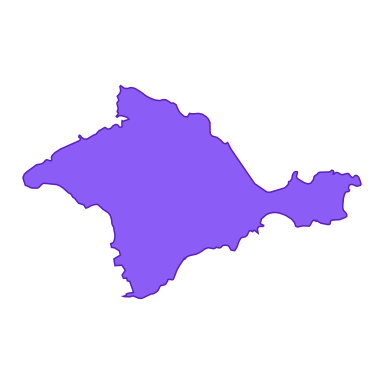 map outline of Crimea (Albers equal-area conic projection)
{"feature_id": "UKR-283", "entity_name": "Crimea", "entity_type": "Autonomous Republic", "adm_level": 1, "iso_a3": "UKR", "parent_name": "Ukraine", "parent_adm1": "", "projection": "albers", "projection_center": [34.531, 45.3], "detail": "fine", "context": "isolated", "style": "filled", "palette": "violet", "viewbox_px": 384, "rotation_deg": 0, "n_neighbors": 0, "source": "natural_earth", "source_scale": "10m", "svg_char_len": 4818}
<svg xmlns="http://www.w3.org/2000/svg" viewBox="0 0 384 384"><path d="M117.2,96.3L119.7,93.7L120.7,90.8L119.9,86.5L120.6,85.6L124.2,88.2L127.4,88.5L131.1,87.5L134.7,88.3L138.4,90.5L142.5,93.2L146.2,96.0L149.0,97.6L152.4,99.0L155.4,100.1L159.9,100.6L163.1,99.6L165.9,99.8L168.9,101.5L171.1,103.1L173.7,103.1L176.0,104.7L177.3,107.7L178.4,110.1L179.9,112.6L181.8,114.5L184.2,116.4L187.4,116.9L188.7,114.7L189.5,113.4L192.7,113.9L195.1,113.7L198.5,113.4L202.2,114.2L206.0,116.6L208.3,119.0L210.0,122.8L210.0,126.3L210.0,130.9L210.4,133.9L212.1,136.0L217.0,137.4L220.8,140.3L223.6,143.3L225.5,143.8L227.6,142.5L231.1,149.3L254.7,183.7L266.9,192.0L269.9,192.3L284.3,188.0L286.0,186.8L288.2,184.4L288.5,183.3L288.5,182.3L288.9,181.5L290.1,181.2L290.5,180.8L291.7,179.0L292.0,178.4L292.2,176.3L292.9,174.1L294.0,172.4L295.3,171.6L297.2,171.7L297.5,172.9L296.9,174.7L296.5,176.7L297.1,178.1L298.5,179.3L304.7,182.9L307.9,183.9L310.8,183.2L313.2,180.0L314.2,176.5L314.5,176.0L316.7,174.6L318.4,172.8L320.0,172.2L329.3,172.0L330.5,171.3L331.8,170.2L333.1,170.6L333.8,172.0L333.1,174.1L334.2,174.0L334.9,173.4L335.6,172.7L336.5,172.4L338.0,172.7L340.6,174.3L342.3,174.7L347.1,173.5L348.7,173.7L350.8,176.4L352.2,177.6L353.5,177.2L354.9,175.6L356.3,175.4L357.5,176.0L358.8,177.4L360.3,181.3L361.0,184.1L360.4,185.3L357.8,186.1L356.8,186.2L355.8,185.9L353.4,184.7L351.5,184.4L349.9,184.8L348.9,186.1L348.5,188.4L348.8,189.2L349.4,189.7L349.6,190.2L349.1,191.2L348.4,191.6L346.6,191.8L345.9,192.1L344.8,193.6L344.0,196.0L343.4,198.5L342.8,205.4L342.8,207.9L343.4,210.3L345.7,212.8L346.8,214.5L346.7,216.2L345.6,217.3L339.8,219.6L332.5,220.1L331.6,220.4L330.8,220.9L330.5,221.6L330.1,223.6L329.8,224.2L328.2,224.6L320.9,223.2L316.2,220.4L316.2,221.2L313.6,220.1L311.8,222.0L310.5,224.7L309.3,226.1L303.0,225.8L297.4,227.0L295.7,226.2L294.9,223.6L294.4,222.5L291.9,219.5L290.9,218.6L285.6,215.3L279.7,213.1L276.1,212.5L272.6,212.6L269.2,213.3L266.2,214.8L262.0,218.4L261.3,219.3L261.1,220.7L260.7,221.6L260.4,222.5L260.7,223.7L261.2,224.2L263.6,225.3L263.6,226.0L262.5,226.5L259.8,226.4L258.6,226.8L257.6,228.2L257.5,229.7L258.1,233.2L254.1,230.1L253.8,230.6L252.9,231.2L252.4,231.7L250.3,230.5L248.9,231.5L247.1,235.3L245.6,236.6L242.1,237.5L240.7,238.2L238.7,242.0L237.0,247.0L234.7,250.7L231.2,250.1L230.3,248.9L229.5,247.3L228.5,245.9L226.9,245.3L224.2,245.2L223.3,245.4L222.3,245.8L221.7,246.5L221.2,247.1L220.5,247.7L219.0,247.9L216.3,247.3L215.1,248.1L213.8,248.7L208.1,247.7L205.2,248.8L199.4,252.7L196.3,254.1L189.7,255.6L187.0,256.7L185.0,258.9L184.9,258.6L184.9,258.3L184.8,258.2L184.5,258.2L181.2,262.9L180.8,263.7L180.0,264.7L177.1,269.6L173.9,278.0L173.1,279.5L172.4,279.8L170.5,279.5L169.4,279.5L168.5,279.4L168.1,279.5L167.7,279.9L167.7,280.3L167.7,280.6L167.5,281.1L165.8,283.9L164.7,284.8L160.8,285.6L159.7,286.9L159.0,288.6L157.9,290.6L157.0,291.5L154.1,293.4L153.0,293.8L151.1,294.0L142.1,298.2L140.5,298.4L138.6,298.1L133.4,296.0L132.4,296.0L130.6,296.6L129.7,296.8L124.2,296.6L123.3,296.3L126.2,295.4L126.3,294.0L128.0,293.3L133.4,292.5L132.7,289.7L129.7,281.4L127.3,280.8L126.7,278.1L123.5,278.3L122.1,275.1L125.3,270.2L121.9,265.2L115.0,265.7L113.9,258.9L120.4,255.1L119.2,250.7L114.5,247.8L111.5,247.4L110.7,243.6L113.0,242.8L113.9,241.4L114.5,239.4L114.9,237.1L114.9,234.5L114.0,229.9L113.8,228.0L113.6,227.3L112.2,224.4L111.9,223.3L111.7,220.3L110.4,215.6L108.4,212.9L102.9,209.2L98.4,205.0L97.0,204.3L93.6,204.8L90.6,205.9L87.7,207.6L85.8,208.1L85.0,207.0L84.2,205.3L82.5,204.4L78.8,203.3L77.6,202.1L74.8,198.4L72.8,197.2L72.2,196.2L71.3,194.4L70.5,193.9L69.1,193.2L68.4,192.8L63.1,188.0L60.2,186.0L56.8,184.6L44.7,183.3L43.0,183.5L41.7,184.4L38.7,187.5L37.5,188.1L31.7,188.0L30.0,187.4L27.2,185.8L25.4,185.5L23.3,179.1L23.0,177.5L24.2,174.4L26.7,171.9L36.5,164.8L38.1,164.4L40.0,164.2L41.5,163.8L42.8,163.1L44.0,162.2L44.7,161.3L45.2,160.6L45.9,160.0L47.1,159.8L47.9,160.0L49.5,160.6L50.4,160.8L51.5,160.4L51.7,159.5L51.5,158.4L51.4,157.5L51.6,156.6L51.9,155.9L52.5,155.1L55.0,152.6L60.6,149.0L79.1,140.8L80.1,140.0L80.5,138.6L80.2,138.2L79.4,137.7L78.8,137.0L78.9,135.9L79.6,135.2L80.4,135.7L81.7,137.5L84.5,139.2L87.3,138.9L93.3,135.3L96.2,134.1L96.7,133.3L99.1,130.6L100.4,130.1L103.8,128.0L105.0,127.5L105.6,127.7L107.0,128.8L108.0,129.1L108.8,129.0L110.8,128.4L112.8,126.0L114.4,125.0L115.4,124.6L116.1,124.5L117.0,124.7L117.9,125.1L118.6,125.8L118.9,126.5L119.3,127.1L120.2,127.2L121.9,127.0L122.0,125.6L121.9,122.9L122.1,120.7L123.3,121.3L124.7,120.6L127.4,119.9L128.9,119.1L127.4,117.7L125.9,116.9L121.3,115.6L119.2,115.8L118.3,116.2L117.8,116.9L117.2,117.2L116.2,116.5L117.7,114.5L118.4,113.2L118.2,112.5L117.3,112.1L117.2,111.2L117.6,110.1L118.2,109.1L118.1,108.2L117.1,104.2L117.0,102.9L117.9,101.7L118.7,100.4L118.3,98.7L117.2,96.3Z" fill="#8b5cf6" stroke="#5b21b6" stroke-width="1.5"/></svg>